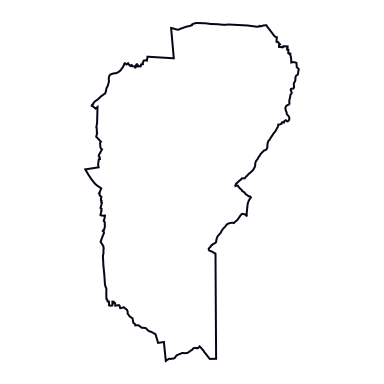 Bang Pa-In, Phra Nakhon Si Ayutthaya, Thailand (Equal Earth projection)
{"feature_id": "78962969B94424905183361", "entity_name": "Bang Pa-In", "entity_type": "district", "adm_level": 2, "iso_a3": "THA", "parent_name": "Thailand", "parent_adm1": "Phra Nakhon Si Ayutthaya", "projection": "equal_earth", "projection_center": [100.599, 14.226], "detail": "fine", "context": "isolated", "style": "outline", "palette": "ink", "viewbox_px": 384, "rotation_deg": 0, "n_neighbors": 0, "source": "geoboundaries", "source_scale": "gbopen_adm2", "svg_char_len": 5833}
<svg xmlns="http://www.w3.org/2000/svg" viewBox="0 0 384 384"><path d="M228.7,24.5L225.3,24.8L222.1,24.7L217.4,24.2L210.8,24.0L205.7,23.3L196.4,23.0L194.8,23.3L193.3,23.8L192.0,24.5L192.1,25.1L191.8,25.3L189.5,26.0L186.7,26.6L184.3,27.4L181.9,28.3L180.2,28.8L179.2,29.4L178.3,29.7L177.5,29.7L176.5,29.5L172.4,28.2L171.1,28.0L173.8,58.3L147.5,56.7L146.9,60.6L145.6,60.2L144.8,60.5L143.9,60.5L143.7,60.6L143.5,61.2L142.7,62.7L142.9,63.8L142.9,64.2L141.0,64.5L140.8,66.1L140.6,66.4L139.6,66.2L139.0,66.4L138.1,66.4L137.9,65.4L137.6,64.8L137.1,64.2L136.6,64.3L136.4,64.9L135.9,65.2L135.8,65.5L135.8,65.8L136.4,65.9L136.4,66.3L136.0,66.9L135.6,67.0L135.5,67.6L135.4,67.7L135.2,67.7L135.0,67.4L135.0,66.5L134.9,66.3L133.9,66.4L132.1,66.2L131.8,65.2L131.7,65.0L131.3,65.1L131.2,65.9L131.0,66.0L130.7,66.1L130.2,65.9L129.4,65.2L129.0,64.5L128.5,64.1L128.1,63.2L127.9,63.3L127.6,63.9L127.2,64.0L126.8,64.4L126.4,64.4L126.1,64.4L125.6,63.8L125.2,63.6L125.0,63.2L124.6,63.3L124.3,63.7L123.7,65.5L123.0,66.9L120.3,70.7L119.9,70.8L119.1,71.6L116.4,73.2L114.9,73.2L112.3,73.8L110.5,74.5L109.8,75.2L109.2,76.2L108.8,78.2L108.8,79.8L109.0,81.2L108.9,81.7L107.7,86.1L106.8,87.4L106.4,88.6L105.7,92.2L105.4,92.9L104.7,93.8L104.3,94.0L102.5,95.3L100.8,96.5L98.2,99.1L95.1,101.3L93.6,102.8L93.6,103.1L93.3,103.5L93.3,103.9L92.2,104.7L91.8,105.2L91.7,105.8L92.2,105.9L92.7,106.2L93.9,107.2L94.7,107.7L95.5,108.6L97.5,107.0L97.1,122.6L96.8,124.8L96.3,127.1L96.7,127.6L96.7,129.1L96.9,130.9L96.8,132.6L97.2,133.1L96.2,136.6L96.3,136.9L97.3,137.8L100.9,141.7L100.1,142.9L100.3,146.2L100.4,147.3L100.8,148.2L102.0,149.4L98.8,155.2L98.8,156.4L99.1,156.7L99.6,157.0L99.9,159.1L98.8,159.3L98.2,163.7L98.1,164.1L98.3,165.9L98.6,167.3L85.3,169.4L88.4,174.7L91.9,179.9L95.3,184.0L97.0,185.5L101.2,188.3L100.5,190.3L100.2,190.8L99.9,191.8L99.1,193.2L99.6,193.3L99.5,193.9L99.7,195.4L101.4,196.8L101.0,198.2L100.9,199.6L101.1,199.8L101.0,200.4L101.6,200.7L101.2,202.3L101.9,202.8L100.5,208.0L101.6,208.8L101.2,210.6L101.5,210.8L100.4,215.0L100.7,215.3L101.6,215.5L103.6,215.7L104.7,215.4L105.0,215.6L104.5,218.5L103.7,220.9L103.8,221.1L104.6,221.7L104.7,222.0L104.8,225.5L105.0,226.1L104.1,229.7L104.0,229.9L103.4,230.0L102.8,230.9L103.7,231.6L104.0,233.0L103.2,234.7L100.6,241.7L103.5,246.5L103.5,247.6L103.7,248.9L103.4,250.1L103.5,251.5L103.5,253.0L102.9,255.9L103.4,265.5L104.3,274.7L104.9,283.7L105.4,286.4L106.1,287.9L106.4,289.3L106.3,293.3L106.4,299.0L107.1,299.3L107.5,301.3L108.8,301.4L108.9,301.5L109.1,305.4L110.8,305.7L112.3,305.5L112.4,305.2L112.4,301.6L113.7,301.7L113.8,302.0L114.0,303.2L114.9,303.0L115.1,303.2L115.3,305.7L118.9,305.1L119.3,305.7L119.6,305.8L120.2,308.1L120.9,308.1L123.2,307.5L123.7,307.2L127.0,309.9L127.7,311.8L127.6,313.5L129.7,316.4L131.6,317.8L132.5,318.2L133.3,322.7L133.5,323.0L134.8,323.9L135.2,324.8L135.3,325.4L137.1,325.2L138.7,325.4L141.7,327.7L145.4,328.0L145.8,328.2L148.2,330.6L148.7,330.9L150.1,331.6L151.1,331.8L151.9,332.2L155.5,334.2L158.1,342.9L163.9,342.0L165.8,361.0L166.2,360.8L167.4,359.6L168.4,359.3L168.9,358.8L169.5,358.7L170.7,359.0L171.5,358.7L173.3,358.6L174.0,358.3L175.1,357.6L175.9,356.2L176.9,355.2L182.2,353.0L183.0,353.0L184.2,353.2L187.4,353.0L191.1,350.4L192.2,349.8L193.1,348.5L194.9,347.9L196.3,348.0L197.3,348.4L198.1,348.0L199.6,346.4L202.2,349.1L202.4,349.5L203.6,350.8L204.2,352.0L205.6,353.6L209.7,358.9L216.1,358.8L215.5,253.9L215.3,253.4L214.4,253.2L212.6,251.9L209.2,250.5L208.8,249.8L208.7,248.7L209.0,248.3L209.8,247.4L210.6,246.7L211.5,245.1L212.0,245.1L212.7,244.3L213.7,243.8L214.4,243.5L215.9,242.4L216.1,242.0L216.3,240.4L216.7,238.6L217.5,236.5L219.7,233.9L220.4,233.3L221.6,230.9L223.2,228.6L224.7,227.2L226.4,225.0L227.0,224.3L228.4,223.5L230.8,222.9L232.5,222.7L233.8,223.1L234.8,222.1L237.5,219.8L240.6,215.3L242.0,213.9L242.5,213.9L244.4,214.2L245.1,214.5L246.5,215.8L246.7,215.7L246.7,213.0L247.6,204.3L248.4,201.5L249.0,200.3L249.6,199.2L250.3,198.4L250.9,197.4L250.0,196.4L248.6,196.3L247.1,195.1L245.7,194.2L244.5,192.5L243.7,191.9L242.3,191.1L241.4,189.6L240.2,188.7L238.6,186.9L237.8,185.6L237.4,185.5L236.0,185.8L235.5,186.0L235.4,185.3L235.8,184.2L236.2,183.5L237.6,182.5L239.6,180.5L240.7,179.8L241.8,178.4L242.2,178.3L244.7,178.3L245.8,176.9L247.3,175.5L249.1,173.5L250.2,172.8L253.1,170.0L255.0,166.5L255.2,165.2L255.2,163.9L255.4,162.9L255.7,161.8L256.1,161.0L257.8,158.7L258.2,158.1L258.4,157.3L259.7,155.7L260.7,153.9L263.9,150.6L265.5,150.1L266.6,149.2L267.1,148.2L267.3,147.6L267.5,143.8L268.3,141.1L269.8,139.5L270.6,137.9L271.8,136.2L273.5,133.5L274.9,131.9L275.5,131.0L278.0,126.5L278.3,124.6L279.0,124.7L281.6,123.7L281.8,122.6L282.3,122.2L282.7,122.2L283.4,122.5L283.9,122.6L284.3,121.3L285.5,120.3L286.2,120.4L287.1,121.4L287.6,121.4L288.0,121.2L289.1,120.0L289.3,119.1L289.3,117.5L288.6,116.2L286.8,114.1L286.6,112.3L285.8,110.6L285.3,108.0L286.5,105.6L288.7,104.6L289.0,104.3L289.4,103.8L289.3,100.5L290.1,97.2L290.4,95.1L290.6,94.6L291.4,93.6L291.7,92.8L291.7,92.4L290.8,90.5L290.7,89.9L290.7,89.4L291.0,88.9L291.5,88.7L293.2,88.6L293.7,88.0L294.0,87.3L294.1,86.4L293.8,84.7L293.9,83.4L294.1,82.7L294.9,81.6L295.2,80.9L295.4,80.0L295.4,77.6L295.7,76.6L296.3,75.5L297.5,74.8L297.9,74.2L298.3,71.5L298.6,70.1L298.7,69.2L298.5,68.7L297.7,68.1L296.7,66.9L296.5,63.0L296.2,62.7L294.8,62.3L293.4,62.2L292.3,62.2L291.3,62.5L291.3,62.4L291.2,59.4L290.9,57.7L290.8,56.4L290.1,54.7L290.3,53.6L288.9,53.6L288.8,53.0L288.2,52.9L288.4,50.1L288.4,49.7L287.1,49.6L287.1,47.7L287.6,47.6L287.6,46.4L283.6,46.2L283.5,46.8L282.4,46.8L282.4,47.3L279.0,46.9L279.0,45.1L280.0,44.4L279.4,43.6L278.8,43.1L278.0,42.0L277.2,42.1L276.4,41.7L276.6,40.5L276.6,39.3L276.9,37.3L276.1,37.1L274.6,36.3L266.8,26.1L266.3,25.2L263.3,25.5L261.0,26.3L260.7,26.1L259.7,26.4L259.5,26.0L258.7,26.4L257.4,26.8L247.6,25.5L228.7,24.5Z" fill="none" stroke="#020617" stroke-width="2"/></svg>